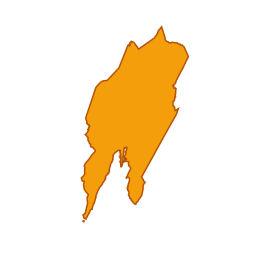 Vopnafjarðarhreppur, Austurland, Iceland, rotated 124°
{"feature_id": "244011B85031335132444", "entity_name": "Vopnafjarðarhreppur", "entity_type": "district", "adm_level": 2, "iso_a3": "ISL", "parent_name": "Iceland", "parent_adm1": "Austurland", "projection": "robinson", "projection_center": [-14.859, 65.704], "detail": "fine", "context": "isolated", "style": "filled", "palette": "amber", "viewbox_px": 256, "rotation_deg": 124, "n_neighbors": 0, "source": "geoboundaries", "source_scale": "gbopen_adm2", "svg_char_len": 5777}
<svg xmlns="http://www.w3.org/2000/svg" viewBox="0 0 256 256"><g transform="rotate(124 128 128)"><path d="M25.3,156.7L30.2,157.2L31.9,156.9L32.9,156.5L34.2,156.5L35.3,156.4L37.8,156.5L38.4,156.4L56.7,163.3L55.5,166.1L53.8,170.9L54.2,173.7L54.5,173.8L55.3,173.6L55.2,173.8L55.3,173.9L55.7,173.8L56.0,174.0L56.2,173.8L56.7,173.9L57.2,173.6L57.9,173.8L57.9,173.5L58.2,173.5L58.4,173.2L58.1,172.7L58.9,172.6L59.0,172.6L58.8,173.0L59.5,174.3L83.3,169.1L100.3,171.9L102.0,174.1L103.3,175.3L104.4,175.9L106.0,176.4L110.2,177.1L112.7,177.2L143.5,168.6L146.1,165.4L146.7,164.9L147.3,164.8L147.4,164.2L147.2,163.8L147.7,162.6L147.7,162.3L147.3,161.8L147.7,161.5L147.8,161.1L148.2,160.6L148.7,160.6L149.2,161.0L150.1,160.7L150.2,160.4L150.6,160.1L151.1,160.1L151.4,160.5L151.9,160.5L152.1,160.2L152.3,160.3L151.9,159.8L152.5,159.4L153.8,159.4L154.3,159.2L155.0,159.2L157.4,159.7L158.0,156.6L158.2,156.0L160.9,153.9L161.2,153.4L161.1,152.6L161.2,152.4L162.5,151.3L162.3,150.1L162.4,149.9L164.3,148.7L164.4,148.4L163.9,146.7L164.0,145.2L164.5,144.1L164.8,142.8L165.3,142.2L166.2,142.1L168.3,142.6L170.9,142.9L175.5,142.9L181.0,143.6L184.1,143.0L184.5,142.1L185.1,141.4L187.9,140.0L189.8,138.4L191.0,138.1L192.4,138.1L193.5,138.3L195.1,138.8L195.6,138.7L197.5,136.2L197.4,135.6L196.8,134.7L196.9,134.4L198.1,133.7L199.7,133.3L203.3,130.0L203.5,128.9L204.3,127.8L205.3,123.8L206.4,123.3L208.5,123.1L213.1,119.4L222.7,115.8L225.1,116.6L225.0,116.3L225.2,116.1L226.0,115.7L226.5,115.2L226.7,114.8L227.2,114.3L227.3,113.8L227.0,113.2L227.3,112.8L226.9,112.4L226.9,111.9L226.4,112.2L224.4,112.2L222.9,112.5L221.3,112.5L221.1,112.6L220.8,112.6L220.7,112.8L220.2,112.7L220.0,112.8L219.4,112.8L219.4,113.0L218.6,112.9L218.0,113.2L217.6,113.1L217.2,113.3L216.6,113.2L216.1,113.1L215.8,113.0L215.7,112.7L215.0,112.8L215.0,112.7L214.8,112.9L214.3,112.9L213.0,113.5L212.6,113.4L210.3,114.2L209.9,113.9L209.4,113.9L208.7,114.5L207.8,114.4L204.3,115.7L203.4,115.8L203.5,116.0L202.4,116.6L201.3,116.7L199.7,117.3L198.3,117.4L197.7,117.7L195.1,118.1L192.4,118.3L189.8,117.9L188.9,117.9L188.0,118.2L186.0,118.1L184.3,118.1L183.6,118.3L183.1,118.1L182.5,118.6L181.9,118.5L182.0,118.9L181.5,119.4L180.6,119.5L179.0,119.3L178.5,119.1L178.1,119.3L177.1,119.5L176.7,119.4L176.7,118.7L176.3,118.8L175.4,119.0L174.8,119.1L174.5,119.5L173.8,119.4L172.7,120.4L169.9,121.4L168.8,121.6L168.1,122.2L166.7,122.3L165.5,122.2L165.2,122.6L163.8,122.5L163.3,122.7L162.9,122.7L161.7,123.6L161.0,123.7L160.2,124.5L159.6,124.6L158.7,125.2L155.6,124.9L152.9,123.9L152.1,123.5L151.1,122.6L150.9,122.0L151.0,121.8L151.4,121.6L152.3,121.5L152.9,120.8L153.2,120.3L154.1,119.8L154.3,119.6L154.1,119.5L154.7,119.2L154.8,118.9L155.4,119.0L155.3,118.9L155.5,118.6L155.7,118.4L156.0,118.2L155.7,118.2L155.9,118.0L156.6,118.0L156.0,118.0L156.2,117.9L156.3,117.5L156.5,117.5L156.4,117.6L156.5,117.6L156.4,117.7L156.6,117.7L156.9,117.3L157.1,117.6L156.9,117.9L157.0,118.2L156.6,118.4L157.0,118.2L157.5,117.1L158.3,116.2L159.4,116.1L159.5,115.9L159.6,116.1L159.6,115.9L160.3,115.9L160.7,115.4L160.9,115.3L161.0,115.1L160.6,114.8L160.9,114.7L161.0,114.4L161.6,114.2L164.0,112.4L164.1,112.1L163.9,111.8L162.5,111.9L161.5,112.4L160.9,112.3L160.4,112.8L159.2,113.3L155.7,115.5L155.1,115.8L154.8,115.3L154.7,115.4L155.0,115.8L149.1,118.7L148.3,119.3L147.4,119.5L147.0,119.8L146.3,120.0L146.3,119.8L145.8,119.6L146.8,119.6L145.9,119.2L145.8,118.8L145.4,118.8L145.5,118.6L144.8,118.5L144.7,118.0L145.0,117.8L145.8,117.6L146.8,116.9L149.1,116.8L149.3,116.7L149.1,116.3L149.2,116.2L149.9,115.7L151.2,115.4L151.5,115.1L154.7,115.3L154.4,114.9L154.5,114.8L154.4,114.2L154.6,114.0L154.5,113.7L154.9,113.6L154.4,113.2L154.6,113.1L154.3,112.9L154.3,112.3L154.6,111.9L154.9,111.7L155.5,111.9L155.4,112.5L155.8,112.6L155.9,112.8L156.2,112.9L158.2,113.4L159.3,113.1L159.3,112.9L158.1,112.2L157.0,111.3L156.0,109.6L155.6,108.6L155.7,108.4L156.5,108.2L157.3,107.7L157.4,107.4L157.7,107.3L158.4,106.6L158.7,106.5L158.9,106.3L158.9,105.0L159.2,104.4L159.7,103.6L160.4,102.9L161.4,102.7L162.9,102.8L164.5,102.4L165.0,102.4L167.0,102.1L167.8,101.7L168.8,101.7L169.8,101.8L170.3,101.7L170.5,101.5L170.5,101.2L169.3,101.2L168.9,100.9L168.7,100.5L168.7,99.3L169.1,98.5L169.9,98.0L170.5,97.7L170.6,97.4L175.5,96.0L176.1,95.4L176.7,95.5L178.5,94.9L178.5,94.7L178.2,94.4L178.5,94.2L179.1,94.1L179.7,93.6L179.7,93.4L180.0,93.0L179.8,92.6L180.5,91.5L181.7,90.7L182.7,90.4L183.2,90.1L183.7,89.0L184.0,88.8L184.5,87.8L185.3,87.2L185.3,86.6L185.1,86.3L185.4,85.5L186.0,84.9L185.8,84.7L186.6,83.4L186.5,82.8L187.0,81.7L187.0,81.2L187.2,80.5L187.2,80.0L187.0,79.7L187.1,79.2L187.0,78.9L184.9,79.3L183.2,78.8L181.8,79.0L176.2,78.9L170.4,81.3L167.3,83.2L166.8,83.4L163.3,83.5L163.5,84.4L163.4,85.0L162.2,86.5L162.1,87.2L161.4,88.5L161.1,89.3L111.4,93.8L89.9,95.5L83.8,97.1L87.0,98.5L86.6,99.1L86.6,99.4L85.7,100.3L84.9,100.7L85.1,101.1L84.7,101.4L84.4,101.8L84.0,103.5L82.9,104.2L81.8,104.8L81.6,105.2L81.4,105.4L80.1,105.3L80.0,105.0L79.8,104.9L79.5,105.1L78.3,105.2L77.6,105.9L75.6,106.0L75.6,106.3L75.6,106.6L75.5,106.8L73.6,107.4L73.4,107.7L72.7,107.7L72.2,108.3L70.6,109.1L69.8,109.7L68.4,110.3L68.3,110.9L68.6,111.0L68.6,111.5L69.2,112.1L69.1,112.4L69.2,112.5L68.7,113.1L68.1,113.2L68.3,113.5L68.1,114.2L67.4,114.0L66.6,114.2L66.8,114.4L66.3,114.4L66.0,114.1L64.5,113.7L63.9,113.8L64.0,114.0L63.7,114.1L63.1,114.1L63.0,114.3L52.7,115.6L48.6,115.9L35.0,117.9L29.5,126.8L29.0,129.8L29.9,130.7L29.3,131.8L30.0,132.9L30.1,133.7L29.8,134.4L29.9,134.9L30.4,135.4L32.2,139.3L33.3,139.9L34.5,141.9L34.5,142.3L34.1,143.0L34.4,143.8L34.5,144.4L34.4,145.3L34.1,146.4L33.8,146.9L32.7,147.5L25.3,156.7ZM230.2,112.5L229.9,112.3L229.5,112.7L229.9,113.2L230.1,113.2L230.2,112.9L230.6,113.0L230.7,112.5L230.5,112.3L230.2,112.5Z" fill="#f59e0b" stroke="#b45309" stroke-width="1.5"/></g></svg>